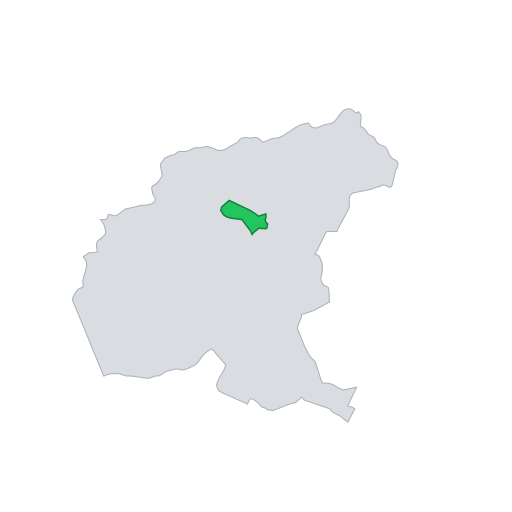 Tonj South, Warrap, South Sudan (highlighted), rotated 116°
{"feature_id": "79223893B28236653000633", "entity_name": "Tonj South", "entity_type": "district", "adm_level": 2, "iso_a3": "SSD", "parent_name": "South Sudan", "parent_adm1": "Warrap", "projection": "robinson", "projection_center": [28.756, 7.089], "detail": "fine", "context": "in_parent", "style": "filled", "palette": "green", "viewbox_px": 512, "rotation_deg": 116, "n_neighbors": 0, "source": "geoboundaries", "source_scale": "gbopen_adm2", "svg_char_len": 4124}
<svg xmlns="http://www.w3.org/2000/svg" viewBox="0 0 512 512"><g transform="rotate(116 256 256)"><path d="M390.2,385.7L377.4,400.2L376.4,401.1L374.9,402.3L369.7,402.3L364.3,401.6L359.4,397.8L354.4,400.7L351.2,401.6L349.3,402.0L344.8,402.5L338.6,404.0L335.7,406.0L334.2,407.5L332.9,410.4L332.3,410.7L331.1,410.3L329.5,409.2L326.2,407.5L324.5,403.9L322.9,401.7L321.6,400.6L316.3,404.2L313.8,405.0L311.6,404.9L307.8,402.9L303.5,401.2L301.3,401.2L298.0,403.3L294.3,406.6L292.4,409.8L291.5,411.7L290.1,408.8L288.9,406.9L287.1,406.2L283.5,406.9L282.7,405.9L282.5,403.4L282.0,401.1L281.1,399.4L278.3,397.7L271.2,394.2L265.7,387.2L263.0,384.0L261.0,381.9L258.1,376.4L254.9,372.6L251.0,370.9L248.4,371.7L245.7,375.8L240.7,379.6L238.4,379.7L235.4,377.6L231.7,376.2L225.0,375.5L222.3,377.3L218.6,380.2L215.6,382.0L213.7,382.2L211.9,381.5L209.9,381.1L208.2,381.0L204.6,378.4L202.8,376.4L201.5,374.6L199.5,373.3L197.2,372.2L195.5,370.5L194.6,368.5L193.3,365.8L191.6,363.4L186.1,359.0L184.5,356.5L183.4,354.0L181.1,351.2L178.8,347.5L178.0,342.2L177.9,337.8L177.4,335.8L176.4,333.8L175.2,332.1L173.3,330.2L168.9,327.4L164.3,324.2L162.1,322.3L157.9,321.6L155.5,319.7L153.4,315.7L152.5,312.4L150.4,309.9L149.5,308.1L149.0,306.0L150.7,299.6L148.3,297.3L144.6,294.3L142.1,291.1L140.5,288.2L135.9,284.2L125.7,278.4L119.9,274.7L116.7,271.3L113.9,268.0L113.7,266.7L115.5,263.4L115.7,260.7L114.3,257.7L108.2,252.2L103.4,246.0L99.7,244.1L90.9,242.4L88.4,241.7L85.8,240.5L83.2,237.7L82.3,234.5L83.6,229.2L82.8,227.6L81.3,227.2L81.7,226.1L83.4,223.5L86.1,221.9L93.4,219.3L93.8,218.3L93.9,215.0L94.5,213.4L97.0,208.9L97.4,207.0L97.5,203.2L97.9,201.4L98.6,200.1L100.6,197.8L101.3,196.4L101.6,193.5L101.4,187.6L102.4,185.3L107.0,180.0L108.2,177.6L108.7,175.5L108.6,173.3L108.9,171.2L110.3,169.1L111.4,168.5L114.8,167.8L117.1,168.2L133.2,164.6L135.1,165.1L135.9,167.2L135.9,170.7L136.1,172.3L137.0,173.5L139.5,175.2L141.3,177.9L142.2,178.9L144.8,180.8L156.8,196.5L160.1,198.0L163.4,197.4L169.9,194.2L173.2,193.3L195.9,194.3L198.5,193.8L202.1,201.7L203.7,203.5L228.7,203.6L228.2,201.4L228.5,198.9L232.9,194.0L233.6,193.5L237.4,191.2L241.2,189.6L248.4,187.8L251.1,185.0L252.5,182.4L252.6,177.3L253.5,176.4L255.2,175.2L263.6,170.7L265.0,169.7L279.8,180.3L288.1,188.8L288.6,189.2L289.1,189.3L289.5,189.0L289.9,188.6L290.9,188.3L294.4,188.2L301.1,187.7L303.3,186.7L316.8,171.7L320.2,166.9L321.1,165.9L323.0,162.5L325.1,156.6L325.5,156.0L340.2,141.9L340.7,140.7L340.8,139.9L338.6,135.1L338.1,132.7L338.0,129.0L338.4,123.2L338.2,119.6L338.0,118.6L337.9,118.4L329.7,108.0L350.5,107.9L350.5,106.6L350.4,106.2L350.0,104.9L349.8,103.3L349.8,102.4L349.9,101.5L349.9,101.1L349.9,100.6L350.0,100.3L364.9,100.5L364.7,103.4L362.9,110.3L363.0,114.5L362.6,119.2L362.1,120.6L361.3,121.7L361.1,122.3L361.0,122.8L364.3,149.3L364.0,150.4L363.2,152.0L363.0,152.6L363.0,153.0L363.3,153.3L370.2,156.1L370.5,156.3L370.8,156.5L373.3,159.9L386.9,172.5L387.4,173.1L388.8,177.0L389.0,177.6L389.0,178.6L389.0,179.3L388.7,181.7L388.8,182.7L389.0,183.4L389.2,184.3L389.2,184.5L389.1,185.1L387.1,189.6L386.4,192.9L386.2,195.6L386.4,197.2L386.6,198.2L386.8,198.6L387.0,198.8L392.9,198.8L392.8,200.2L393.7,224.1L393.7,226.8L393.5,230.1L392.8,231.5L391.1,233.3L389.0,235.1L383.8,235.5L379.4,235.5L376.2,235.1L372.0,234.9L367.9,235.3L366.5,236.8L361.2,249.5L359.6,252.6L359.1,254.5L359.6,255.6L361.7,257.2L366.3,259.4L371.5,260.7L375.4,261.3L378.1,261.9L380.1,262.6L387.5,268.4L389.9,271.1L391.3,273.4L391.6,276.0L392.7,278.5L399.4,286.5L405.9,290.2L408.4,294.4L410.8,296.5L413.0,298.7L414.3,302.0L417.1,311.5L419.0,316.5L420.9,320.6L421.7,327.3L423.2,330.2L424.8,333.9L427.4,337.2L430.2,339.7L430.7,340.3L402.9,371.4L390.2,385.7Z" fill="#d9dde1" stroke="#a8b0b8" stroke-width="1"/><path d="M233.4,297.6L233.0,295.1L229.4,284.6L236.1,271.5L238.4,268.9L236.3,268.6L229.3,265.3L228.9,263.1L227.6,260.5L227.5,259.5L225.7,258.4L224.3,259.2L222.1,259.5L221.8,260.9L220.5,262.8L219.4,263.6L216.6,264.0L213.9,265.6L219.0,271.1L217.6,280.3L217.7,295.1L217.8,303.7L217.8,304.5L227.1,308.4L230.4,307.7L233.2,303.3L233.7,299.8L233.4,297.6Z" fill="#22c55e" stroke="#15803d" stroke-width="1.5"/></g></svg>